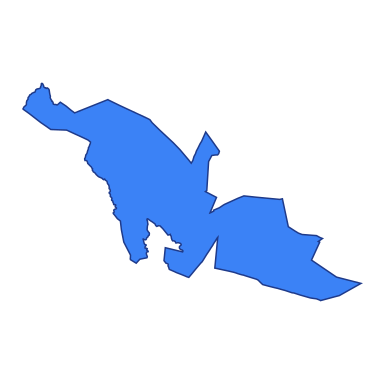 the district of San Lucas, Chiapas, Mexico
{"feature_id": "50627088B14023395668353", "entity_name": "San Lucas", "entity_type": "district", "adm_level": 2, "iso_a3": "MEX", "parent_name": "Mexico", "parent_adm1": "Chiapas", "projection": "robinson", "projection_center": [-92.743, 16.628], "detail": "fine", "context": "isolated", "style": "filled", "palette": "blue", "viewbox_px": 384, "rotation_deg": 0, "n_neighbors": 0, "source": "geoboundaries", "source_scale": "gbopen_adm2", "svg_char_len": 5889}
<svg xmlns="http://www.w3.org/2000/svg" viewBox="0 0 384 384"><path d="M262.8,284.6L269.5,286.4L275.1,287.8L276.0,288.0L277.4,288.3L280.8,289.3L285.2,290.5L292.1,292.8L293.9,293.0L300.1,295.0L310.2,297.9L313.2,298.4L316.4,298.8L319.8,300.1L320.5,300.6L335.0,296.7L339.3,295.6L361.0,283.4L336.5,277.1L311.5,260.1L319.7,242.2L318.3,241.5L322.5,238.5L320.0,237.5L316.5,235.6L302.1,234.5L298.4,233.1L295.1,231.1L288.3,226.7L282.4,198.8L279.7,199.4L256.2,197.2L243.9,195.9L238.1,198.2L224.5,204.4L223.0,205.3L220.2,207.2L219.0,207.9L213.6,210.2L213.7,211.1L210.6,212.7L210.0,212.9L216.5,197.4L205.4,191.6L206.8,190.5L208.6,161.6L211.8,155.5L215.0,155.0L217.6,154.9L218.7,153.6L219.4,151.2L211.9,140.6L205.7,132.0L201.6,141.3L200.1,143.7L197.8,148.4L196.4,151.0L195.5,153.7L194.0,156.5L192.8,160.6L191.2,163.2L188.7,160.0L179.9,149.6L173.2,142.7L159.9,130.3L152.1,122.7L149.9,119.7L147.6,118.5L119.5,105.4L108.2,99.9L107.9,99.6L74.6,112.9L71.0,110.2L66.1,106.1L60.3,102.2L57.6,104.7L57.2,104.9L56.8,104.9L55.9,104.5L54.4,104.5L54.2,104.4L53.4,104.2L53.3,103.9L53.2,103.5L53.1,103.2L53.1,102.8L53.0,102.4L52.6,101.7L51.9,101.4L51.9,100.6L51.6,100.3L51.1,99.7L50.7,98.9L50.2,97.7L50.4,96.2L49.9,94.6L49.6,93.0L49.2,90.1L48.9,89.3L48.5,88.9L48.0,88.4L47.1,87.9L46.8,88.3L46.4,88.4L45.8,88.2L45.6,87.8L45.5,87.7L44.7,87.7L43.9,87.0L43.5,85.4L42.6,83.7L42.1,83.4L41.6,83.4L41.4,83.6L41.3,83.8L41.2,84.2L41.3,84.7L41.3,85.2L41.0,85.8L40.8,86.3L40.6,86.6L40.6,87.4L40.3,87.9L39.8,88.3L39.4,88.5L39.2,88.5L37.9,88.9L37.2,88.9L36.5,89.3L35.8,89.8L35.2,91.5L34.8,92.2L33.5,92.5L33.0,92.8L31.6,93.5L31.3,94.1L30.4,94.7L30.0,94.8L29.7,95.0L29.5,95.4L29.3,96.0L28.9,96.7L28.5,97.0L28.0,97.9L28.0,98.4L28.0,99.3L26.9,100.6L26.7,101.2L26.5,102.1L26.4,102.8L26.4,104.6L26.0,105.1L25.8,105.4L25.2,105.9L25.0,106.1L24.5,106.4L24.3,106.6L24.0,106.9L23.5,107.9L23.2,108.5L23.0,108.8L23.1,109.2L28.7,113.2L40.7,122.5L50.8,129.5L66.6,130.1L87.8,139.9L90.5,142.0L90.3,143.6L89.7,144.8L89.6,145.2L89.2,146.4L88.9,147.0L88.5,147.5L88.4,148.0L88.3,149.2L87.9,150.1L87.7,150.5L87.4,151.6L87.2,152.6L86.7,153.8L86.3,154.3L85.8,155.0L85.6,156.0L85.5,156.5L85.4,157.2L85.2,157.9L84.7,158.4L84.7,159.6L85.0,160.5L85.6,160.4L86.2,160.6L86.7,160.8L87.1,161.2L87.3,161.8L87.7,162.9L87.7,163.4L88.5,164.2L89.0,164.6L89.4,165.2L91.3,166.9L91.5,167.4L91.9,168.1L92.2,168.5L92.6,168.9L92.4,169.4L92.3,169.8L92.3,170.1L92.5,170.4L92.8,170.8L93.3,171.8L93.7,172.1L94.7,172.6L94.9,172.9L95.5,173.6L95.8,173.9L96.1,174.5L96.9,175.2L97.8,176.1L98.9,176.9L99.4,177.1L100.6,177.6L101.5,178.0L102.2,178.4L103.0,179.3L103.7,179.7L104.0,179.6L104.2,179.4L104.4,179.1L104.7,179.1L104.9,179.3L105.2,179.9L105.4,180.2L106.2,180.7L106.9,181.2L107.3,182.4L107.3,182.9L107.5,183.4L108.1,184.4L108.7,185.0L109.1,186.5L109.3,187.5L109.1,187.8L109.1,188.4L109.3,188.9L109.9,189.2L110.3,190.7L110.3,191.3L110.1,191.8L109.7,192.1L109.4,192.2L109.2,192.4L109.2,193.0L109.3,193.3L109.5,193.6L110.2,194.0L110.4,194.4L110.3,196.4L110.7,196.8L111.6,197.7L111.8,198.0L111.9,198.6L111.7,199.3L111.6,199.6L111.6,200.1L111.7,200.4L111.8,200.5L112.2,200.5L112.6,200.8L112.8,201.2L112.9,201.8L112.9,202.2L113.7,203.7L113.6,204.0L113.7,204.5L114.0,204.7L115.1,204.7L115.6,204.8L115.7,205.2L115.7,205.5L115.3,206.0L115.2,206.4L115.3,207.0L116.3,207.7L116.5,208.1L116.4,208.5L116.2,208.7L115.9,208.9L115.4,209.1L114.6,209.3L114.2,209.6L114.0,209.8L113.8,210.1L113.8,210.7L114.2,211.9L113.9,212.5L113.2,212.9L113.2,213.0L113.3,213.4L113.6,214.0L113.8,214.1L117.4,218.7L120.4,221.0L121.4,229.8L123.8,242.1L130.5,255.1L130.4,257.8L130.3,258.2L130.3,259.1L130.5,259.7L136.2,263.2L139.2,259.9L139.9,259.2L146.9,257.8L147.2,257.1L147.3,256.4L146.7,255.1L146.3,253.4L146.4,252.9L146.6,252.5L146.8,252.1L147.7,251.7L148.1,251.7L148.2,251.3L148.0,251.0L147.2,250.5L146.7,250.0L146.7,249.5L147.0,249.2L147.3,248.9L147.2,248.6L146.8,248.4L146.4,248.2L145.9,248.2L145.5,248.2L145.0,248.0L145.0,247.5L145.1,247.0L145.3,246.2L145.7,245.9L146.1,245.4L146.1,244.9L145.6,244.6L145.2,244.6L144.7,244.3L144.3,243.7L144.1,243.1L143.7,241.6L143.5,240.3L143.3,239.8L143.1,239.1L143.4,239.0L144.0,239.5L145.4,239.8L145.9,239.7L146.3,239.2L146.5,238.6L146.7,237.9L147.0,237.5L147.3,237.3L147.7,237.1L148.0,236.7L148.1,236.2L148.2,235.9L149.1,235.3L149.2,235.0L149.4,233.8L149.3,233.1L149.2,232.8L148.9,232.4L148.4,232.0L148.0,231.3L147.3,230.2L147.1,229.7L147.4,226.1L147.8,224.6L148.0,224.1L147.8,223.8L147.4,220.7L147.1,220.3L146.9,219.8L147.5,218.2L147.5,218.4L147.7,218.7L148.2,219.2L149.1,219.7L149.8,220.3L151.0,221.1L151.2,221.3L152.0,221.7L155.0,223.9L155.6,225.3L156.1,225.9L156.5,226.1L156.8,226.4L157.1,226.3L157.7,226.0L158.5,225.7L158.6,225.8L159.2,225.8L160.0,225.9L160.5,226.2L160.9,226.6L161.1,227.1L161.8,227.7L162.5,228.3L168.0,235.1L169.7,234.6L170.3,234.4L170.3,234.7L170.5,235.4L170.9,235.8L171.2,236.5L171.4,238.3L171.6,238.7L171.8,239.4L172.2,240.3L172.7,240.9L173.6,240.8L174.0,240.9L175.2,241.5L175.4,242.0L175.6,242.5L175.7,242.9L176.3,243.0L177.6,242.7L178.3,242.7L180.0,243.2L180.6,243.5L180.8,243.8L181.2,244.6L181.0,245.2L180.4,245.6L179.8,246.2L179.4,246.8L179.4,247.2L179.4,248.0L179.8,248.7L180.5,249.4L182.1,250.0L182.6,250.4L182.9,250.8L182.9,251.2L182.6,251.9L165.3,247.7L164.0,260.6L164.7,261.7L165.4,262.3L165.8,263.1L167.8,263.8L168.2,264.3L168.2,264.9L168.1,265.2L168.0,265.9L168.2,266.0L168.4,266.5L168.6,267.3L169.3,269.4L174.6,271.7L176.2,272.5L181.4,274.5L185.6,276.2L186.4,276.6L188.8,277.4L192.1,273.5L196.2,268.5L200.7,263.2L202.1,261.8L203.7,259.3L206.4,254.9L209.8,249.8L210.5,248.6L212.8,245.2L213.4,244.0L215.1,241.4L217.1,238.1L217.8,237.3L217.6,238.8L217.0,245.3L216.7,248.5L216.5,250.7L215.8,257.8L214.8,268.1L228.7,271.1L231.2,271.7L233.4,272.2L235.5,272.8L238.0,273.7L240.7,274.5L242.6,275.0L243.1,275.0L245.4,275.8L256.7,279.3L258.0,280.0L260.7,282.7L262.6,284.5L262.8,284.6Z" fill="#3b82f6" stroke="#1e3a8a" stroke-width="1.5"/></svg>